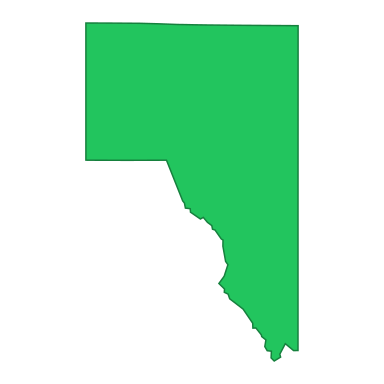 Mesa, Colorado, United States of America, rotated 90°
{"feature_id": "52423323B90693029046288", "entity_name": "Mesa", "entity_type": "district", "adm_level": 2, "iso_a3": "USA", "parent_name": "United States of America", "parent_adm1": "Colorado", "projection": "robinson", "projection_center": [-108.07, 38.933], "detail": "fine", "context": "isolated", "style": "filled", "palette": "green", "viewbox_px": 384, "rotation_deg": 90, "n_neighbors": 0, "source": "geoboundaries", "source_scale": "gbopen_adm2", "svg_char_len": 837}
<svg xmlns="http://www.w3.org/2000/svg" viewBox="0 0 384 384"><g transform="rotate(90 192 192)"><path d="M336.6,122.3L339.9,118.1L346.6,119.2L350.7,116.8L351.2,112.6L357.9,112.9L361.0,109.8L357.1,103.4L354.2,104.2L343.7,98.7L350.6,90.4L350.5,86.0L215.1,86.0L25.7,85.9L25.3,144.8L25.0,175.7L24.8,189.7L24.8,189.8L24.6,198.9L24.6,199.1L24.5,206.3L23.8,225.8L23.3,244.3L23.1,273.8L23.0,298.1L160.1,298.1L160.2,296.1L160.3,256.9L160.2,217.5L200.9,201.3L203.0,199.6L208.1,198.6L208.7,193.8L212.2,193.5L219.0,183.6L217.4,180.7L222.4,176.5L225.6,172.2L229.2,171.5L230.0,169.0L239.0,162.7L240.0,161.0L246.2,161.1L261.4,158.4L264.7,156.1L276.2,159.8L283.5,165.1L289.0,159.5L292.3,159.7L294.1,155.9L298.8,154.3L309.1,140.9L323.2,131.3L328.1,131.1L328.0,128.1L334.8,122.7L336.6,122.3Z" fill="#22c55e" stroke="#15803d" stroke-width="1.5"/></g></svg>